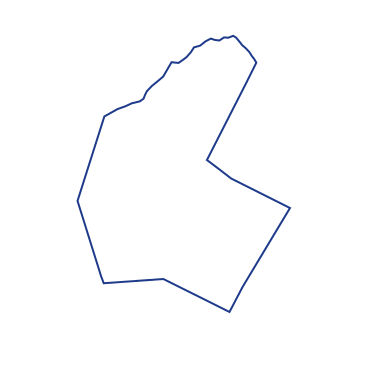 the district of Wall Ferraz, Piauí, Brazil, rotated 238°
{"feature_id": "56859067B98259691678439", "entity_name": "Wall Ferraz", "entity_type": "district", "adm_level": 2, "iso_a3": "BRA", "parent_name": "Brazil", "parent_adm1": "Piauí", "projection": "equal_earth", "projection_center": [-41.824, -7.271], "detail": "fine", "context": "isolated", "style": "outline", "palette": "blue", "viewbox_px": 384, "rotation_deg": 238, "n_neighbors": 0, "source": "geoboundaries", "source_scale": "gbopen_adm2", "svg_char_len": 701}
<svg xmlns="http://www.w3.org/2000/svg" viewBox="0 0 384 384"><g transform="rotate(238 192 192)"><path d="M126.5,266.6L182.6,232.4L197.7,226.8L211.2,221.6L256.0,296.2L267.6,315.1L271.8,315.2L275.7,314.8L280.3,314.8L285.7,313.7L289.8,312.4L294.4,311.9L299.6,311.2L302.6,309.7L303.6,304.5L306.1,301.1L306.0,295.5L308.8,292.0L312.1,289.3L312.6,283.2L311.8,276.5L313.6,270.3L311.3,265.5L309.3,259.0L308.9,254.7L308.6,249.0L312.9,243.4L305.2,228.8L304.3,222.9L303.2,214.2L301.4,207.2L299.4,203.9L296.8,200.3L296.5,195.8L299.1,188.0L300.0,181.0L301.8,172.7L302.5,157.7L245.1,90.2L168.5,70.2L161.4,68.8L133.4,121.6L70.4,160.2L84.7,184.6L126.5,266.6Z" fill="none" stroke="#1e3a8a" stroke-width="2"/></g></svg>